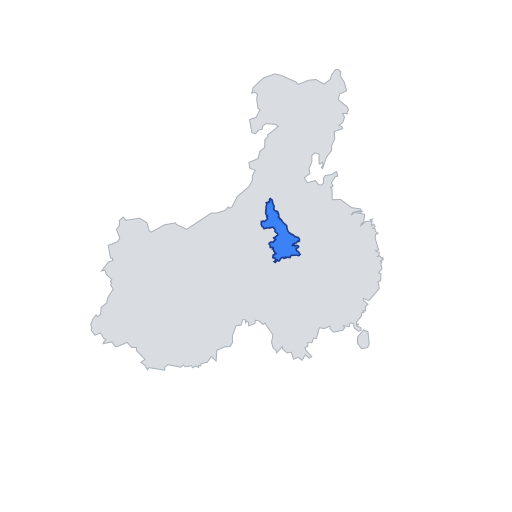 China, with Shaanxi highlighted, rotated 324°
{"feature_id": "CHN-1804", "entity_name": "Shaanxi", "entity_type": "Province", "adm_level": 1, "iso_a3": "CHN", "parent_name": "China", "parent_adm1": "", "projection": "equal_earth", "projection_center": [108.8, 35.643], "detail": "fine", "context": "in_parent", "style": "filled", "palette": "blue", "viewbox_px": 512, "rotation_deg": 324, "n_neighbors": 0, "source": "natural_earth", "source_scale": "10m", "svg_char_len": 9463}
<svg xmlns="http://www.w3.org/2000/svg" viewBox="0 0 512 512"><g transform="rotate(324 256 256)"><path d="M282.3,367.1L273.9,363.1L273.2,358.6L274.7,356.2L268.7,354.9L265.1,351.3L256.4,358.2L254.4,356.2L250.3,359.0L247.0,356.4L244.8,359.6L242.1,358.7L240.9,360.7L242.0,370.2L238.9,369.8L237.9,365.0L231.9,367.4L230.5,362.7L225.7,361.6L228.0,354.6L224.0,352.6L222.9,346.5L224.0,344.7L215.8,346.5L216.8,343.7L215.8,340.3L217.8,335.0L223.3,329.8L223.7,315.4L221.4,315.6L220.4,310.6L217.7,307.6L215.5,309.9L209.0,308.3L211.0,305.4L210.2,303.0L208.3,304.0L209.8,301.3L207.8,299.6L203.6,303.1L199.0,300.8L190.1,306.5L186.1,312.2L181.7,314.0L177.4,311.1L168.9,309.3L162.0,317.5L160.7,311.0L154.3,313.3L148.1,310.9L146.7,312.4L145.1,310.8L144.1,312.5L142.4,309.4L138.9,309.1L139.3,306.8L133.7,304.1L133.1,301.5L129.8,301.8L121.0,292.3L117.1,292.2L115.0,294.7L103.7,283.4L101.4,284.3L101.9,278.9L100.3,274.2L105.4,274.4L103.7,262.1L105.5,259.7L101.6,256.9L101.0,250.2L90.1,247.6L88.7,245.7L89.0,240.9L80.7,237.0L85.5,235.0L84.4,233.3L85.0,227.0L79.1,225.4L79.1,218.8L80.9,217.8L82.0,214.2L87.6,210.8L92.0,209.7L92.3,212.1L96.1,211.8L100.4,206.6L107.6,206.2L111.8,202.5L121.1,198.8L121.3,194.0L123.7,192.5L123.1,191.2L125.5,190.3L124.1,183.3L125.5,178.7L122.2,177.4L133.1,174.0L137.6,175.6L138.5,173.4L137.0,172.2L142.7,160.5L152.3,163.1L156.4,161.4L158.8,152.4L163.8,150.9L166.2,146.9L171.4,146.4L171.8,150.7L184.1,157.0L187.3,165.0L184.4,172.7L185.4,175.1L200.3,177.0L210.4,181.9L210.1,183.7L215.6,193.6L245.2,195.0L248.9,197.9L257.9,201.0L262.5,200.0L262.5,201.7L265.3,202.2L275.8,196.9L290.8,195.8L296.9,193.2L300.4,188.9L305.7,186.2L302.6,181.2L305.3,176.1L315.0,178.4L320.4,173.7L326.8,173.2L331.6,167.1L335.9,166.5L336.4,164.9L350.1,164.3L349.0,160.8L341.8,154.8L337.7,154.8L335.5,157.2L332.1,155.6L327.4,156.9L325.2,153.7L331.0,141.7L337.7,143.9L345.1,140.0L344.4,137.7L348.8,129.4L352.2,126.0L351.4,122.8L348.1,121.8L352.8,118.0L366.6,116.3L377.9,119.6L382.2,124.2L390.8,139.0L390.9,141.9L402.0,144.8L408.3,148.5L412.0,156.9L420.2,156.7L423.5,153.9L429.6,152.0L431.8,152.9L432.9,156.7L430.1,159.7L429.5,167.4L426.4,175.6L419.0,174.1L414.5,177.7L417.4,188.7L416.7,192.3L413.1,193.6L413.9,195.0L409.9,191.5L409.2,195.7L405.0,198.8L399.9,199.2L401.6,202.1L400.9,203.8L392.4,201.3L388.6,207.5L382.4,210.9L379.1,215.1L370.8,217.6L361.2,224.4L360.8,222.9L364.1,221.4L364.8,219.3L361.6,219.3L361.5,218.0L366.9,210.6L364.2,207.0L360.3,207.5L356.5,212.7L350.3,216.4L348.1,220.9L341.0,221.2L340.5,226.8L348.3,229.8L348.6,235.4L350.7,237.0L353.5,236.8L356.3,232.7L359.2,231.5L364.7,234.4L370.8,234.9L369.2,239.4L366.6,238.4L360.0,241.0L359.2,245.0L356.4,244.4L357.1,246.2L350.7,255.3L357.6,259.9L361.8,273.1L368.2,279.3L367.8,281.0L360.0,277.6L357.0,279.0L361.2,278.6L368.5,286.2L362.9,291.8L360.1,291.8L358.6,293.0L365.2,292.5L370.5,296.1L367.0,299.3L369.9,299.3L369.7,302.3L366.8,302.3L368.3,303.8L367.1,306.4L368.1,309.3L365.2,309.0L362.8,311.7L358.7,323.3L355.8,322.0L357.8,325.8L355.2,328.2L353.2,327.6L356.2,328.6L356.4,333.8L353.6,333.3L354.3,335.2L352.4,335.4L350.5,340.4L345.3,341.6L346.7,343.6L342.4,349.2L339.5,348.7L336.8,354.7L321.1,358.5L317.9,353.4L316.7,355.0L318.2,360.9L315.2,361.1L312.0,364.8L310.5,363.1L310.2,365.1L307.9,364.2L305.7,366.7L298.0,368.6L296.4,372.0L298.7,375.7L297.6,377.7L294.6,377.1L293.2,372.3L294.9,367.4L292.6,365.6L289.9,367.9L285.6,363.7L285.7,366.1L282.3,367.1ZM299.6,379.0L302.0,383.2L295.9,393.7L292.3,395.7L287.0,393.0L286.8,386.3L290.6,381.2L299.6,379.0ZM368.5,282.7L366.4,282.2L364.4,280.1L365.9,280.5L368.5,282.7ZM371.7,294.5L370.1,294.9L369.7,293.9L371.7,294.5ZM357.7,332.1L356.9,333.5L357.0,331.7L357.7,332.1ZM297.2,371.5L298.7,370.8L298.6,371.8L297.2,371.5Z" fill="#d9dde1" stroke="#a8b0b8" stroke-width="1"/><path d="M290.9,280.9L290.6,280.8L290.4,280.6L290.0,279.8L289.6,279.3L289.2,279.0L287.6,278.1L287.2,277.8L286.8,277.6L286.3,277.1L285.9,276.9L285.7,276.5L285.5,276.4L285.0,276.3L284.5,276.4L284.2,276.3L283.8,276.6L283.6,276.5L283.1,276.6L282.8,276.8L282.7,277.3L281.8,276.7L281.4,276.0L280.9,275.7L280.6,275.3L280.4,275.2L279.9,275.3L279.4,275.2L279.4,274.9L279.3,274.1L278.9,274.2L278.2,274.8L277.8,274.8L277.0,274.2L277.1,273.6L277.1,273.1L277.1,272.9L276.9,272.7L275.6,272.6L274.8,272.4L274.2,272.9L273.6,273.0L273.1,273.2L272.7,273.2L272.1,273.6L271.8,273.7L271.1,273.2L270.8,272.7L270.7,272.3L271.0,271.6L271.0,271.4L270.6,271.4L269.6,271.6L269.4,271.8L269.2,272.3L268.7,272.3L268.0,272.7L267.8,272.7L267.7,272.5L267.6,271.9L267.3,271.1L268.4,271.2L268.8,271.1L269.2,270.7L269.6,270.6L269.7,270.4L269.9,270.1L269.8,269.0L270.0,268.5L269.8,268.4L269.5,268.3L268.9,267.9L268.7,267.7L268.7,267.3L268.8,267.0L269.1,267.0L269.2,266.9L269.4,266.3L270.2,265.8L270.4,265.6L270.4,265.3L271.0,265.3L271.2,265.6L271.5,265.7L272.3,265.3L272.6,265.4L273.0,265.3L273.2,265.7L273.5,265.9L273.8,265.7L273.9,265.4L273.9,265.2L273.4,264.5L273.3,263.7L273.5,263.3L273.4,263.2L273.2,263.1L273.1,262.8L273.6,261.8L273.7,261.2L274.0,261.2L273.9,260.2L273.6,260.0L273.9,259.9L274.5,260.1L274.7,259.8L274.6,259.1L274.4,258.8L274.3,258.5L274.2,258.3L273.8,258.2L273.5,257.9L272.8,258.0L272.6,257.6L272.5,257.4L272.6,257.2L272.9,257.1L273.1,256.5L273.5,256.2L273.7,255.8L273.9,255.5L273.9,255.2L273.6,254.6L273.7,254.2L273.6,253.8L274.1,253.4L274.4,253.5L275.3,253.3L276.2,253.4L276.4,253.6L277.0,253.8L277.3,254.2L277.6,254.5L278.0,255.0L278.3,254.8L278.4,254.6L278.6,254.5L278.8,254.6L279.3,254.5L279.7,254.7L280.1,254.4L281.1,254.5L281.7,254.3L281.8,254.1L281.7,253.9L281.3,253.4L280.8,252.3L280.8,252.2L281.1,252.0L281.2,251.9L281.1,251.6L281.5,251.6L281.9,251.9L282.4,252.0L282.6,252.3L283.7,251.7L284.1,251.7L284.4,252.0L284.9,251.8L285.5,251.9L285.8,251.9L286.0,251.7L286.5,251.0L286.4,249.7L286.1,249.2L285.9,248.6L285.9,247.7L285.8,247.0L285.9,246.9L286.2,246.6L286.4,246.4L286.7,246.2L286.9,246.0L287.0,245.0L287.0,244.6L286.7,244.2L287.0,243.5L287.0,243.2L286.5,242.6L286.0,242.4L285.4,242.3L285.2,242.1L284.9,241.7L284.3,241.5L284.1,241.3L283.8,241.5L283.1,241.3L283.0,241.1L283.0,240.8L282.5,240.6L282.1,240.0L281.2,239.7L280.5,239.5L280.1,239.3L279.9,239.2L280.0,239.1L279.8,238.9L279.5,239.0L278.5,238.7L278.6,238.1L278.5,237.7L278.8,236.8L278.5,236.0L278.2,235.6L278.4,234.7L278.8,233.9L278.7,233.5L278.7,233.4L279.6,232.6L279.7,232.2L279.8,232.0L280.5,232.0L280.7,231.9L280.8,231.6L280.8,231.3L281.1,231.5L282.1,231.7L282.4,231.8L282.8,232.4L282.9,232.7L282.8,233.0L283.1,233.1L284.2,233.0L284.8,233.0L285.8,232.8L286.7,232.8L287.3,232.7L287.5,231.9L287.5,230.9L287.6,230.6L287.8,230.3L287.9,230.2L288.1,230.3L288.3,230.8L288.5,230.8L288.8,230.2L289.0,229.6L289.0,229.4L288.6,228.8L288.5,228.5L288.7,227.9L288.7,227.5L289.0,227.2L289.1,226.8L289.7,226.2L289.8,225.9L290.7,225.3L290.7,224.9L291.0,224.7L291.2,224.2L291.6,224.0L291.8,223.9L291.9,224.0L292.1,223.9L292.2,223.5L292.6,223.0L292.8,222.2L293.7,221.9L293.8,221.5L294.5,220.9L295.8,220.1L295.7,219.8L295.4,219.1L295.4,218.9L295.6,218.8L296.0,218.9L296.4,219.5L296.8,219.8L297.1,219.8L297.2,219.5L297.8,219.4L298.0,219.6L298.3,220.2L298.6,220.4L298.8,220.2L299.1,219.6L299.7,218.7L300.1,218.3L300.5,218.1L300.8,217.9L301.1,217.9L301.4,217.8L301.5,217.9L301.4,218.2L300.9,219.0L301.0,219.1L301.3,219.3L301.6,219.5L301.7,219.4L301.8,219.7L302.0,219.9L302.0,220.0L301.6,220.9L301.4,221.8L301.2,222.0L300.7,222.3L300.5,222.5L300.7,223.1L300.6,223.7L300.0,225.3L300.1,225.6L300.1,225.9L300.0,226.2L299.9,226.6L299.4,226.8L299.2,227.2L299.0,227.4L298.8,227.7L298.2,227.9L298.2,228.4L297.8,228.6L297.8,228.8L297.8,229.0L297.8,229.4L297.9,230.5L298.3,230.7L298.7,231.6L299.3,232.0L299.3,232.3L299.0,232.4L299.5,232.7L299.6,232.8L299.4,233.0L299.5,233.6L299.4,233.8L299.3,234.3L299.0,234.6L298.7,234.6L298.6,234.8L298.6,235.1L299.0,235.2L298.8,235.8L298.7,235.9L298.6,236.1L298.1,236.8L297.9,237.3L297.7,237.4L297.6,237.7L297.4,237.8L297.5,237.9L297.4,238.0L297.1,237.9L297.2,238.1L297.4,238.3L297.2,238.8L297.3,239.3L297.4,239.5L297.2,239.8L297.4,240.0L297.5,240.1L297.4,240.5L297.2,240.5L297.8,241.3L297.9,241.9L297.6,243.3L297.7,243.9L297.6,244.6L297.6,244.9L297.9,246.2L298.0,247.0L298.3,247.3L298.4,248.4L298.6,249.0L298.7,249.3L298.6,249.6L298.3,250.0L298.2,250.6L297.9,250.8L297.5,251.7L297.2,252.0L297.0,252.5L296.8,253.3L296.5,254.5L296.6,255.0L296.4,255.7L296.5,256.8L296.6,257.0L296.8,257.1L297.0,257.2L297.0,258.0L296.9,258.3L297.0,258.6L297.2,258.9L297.7,259.1L297.9,259.3L297.9,259.5L297.6,259.8L297.6,260.1L297.9,260.4L298.7,260.9L298.6,261.8L298.9,262.4L298.6,263.0L298.8,263.3L299.2,263.5L299.6,263.8L299.8,264.2L299.8,264.5L300.4,265.1L300.9,265.4L301.2,266.2L301.1,266.7L301.2,267.3L301.0,268.1L300.8,268.3L300.6,268.6L300.0,268.7L299.9,269.0L299.5,269.2L299.6,269.5L299.4,269.5L299.1,269.1L298.7,269.1L298.5,268.4L298.3,268.3L298.1,268.4L297.7,268.9L296.4,269.0L296.1,269.0L295.7,268.6L294.7,268.6L294.2,268.3L293.5,268.3L292.9,268.2L292.6,268.4L292.1,268.3L291.7,268.8L291.6,269.1L292.0,269.2L292.4,269.4L292.9,269.4L293.5,269.6L293.6,269.9L293.7,270.0L293.6,270.6L293.4,270.9L293.7,271.1L294.0,271.2L294.4,271.0L294.6,271.2L295.0,271.2L295.6,271.6L295.9,272.3L296.0,272.5L295.9,273.0L296.1,273.3L296.0,273.5L295.5,273.5L295.4,273.5L295.4,273.8L295.1,274.0L294.7,273.8L294.3,273.7L293.9,273.8L293.6,273.6L293.2,273.7L292.9,273.6L292.6,274.0L292.4,274.1L292.3,275.2L291.9,275.5L292.2,276.5L292.6,276.8L292.7,277.5L293.0,277.9L292.6,279.0L292.7,280.0L292.4,280.5L292.5,280.7L290.9,280.9Z" fill="#3b82f6" stroke="#1e3a8a" stroke-width="1.5"/></g></svg>